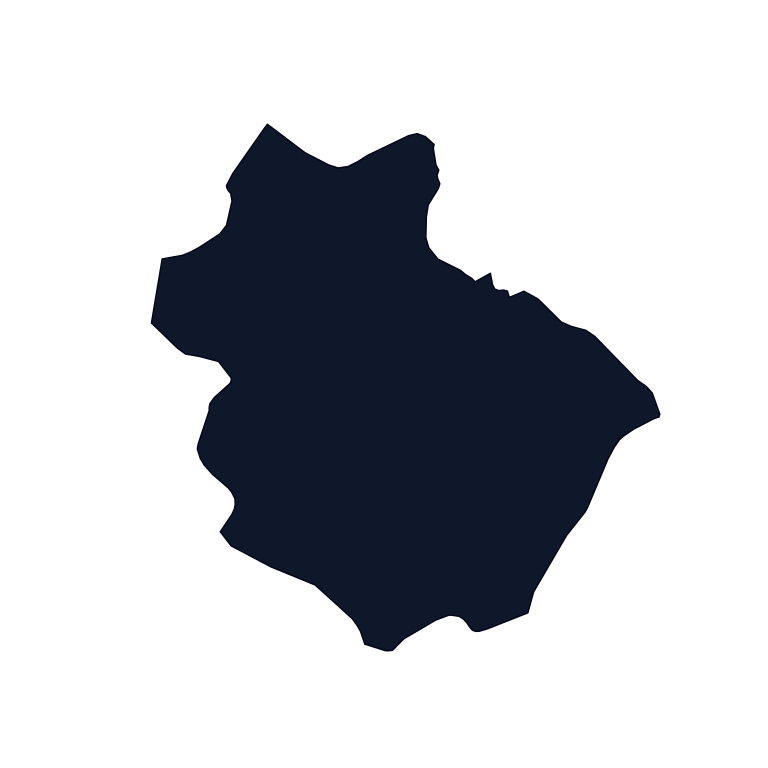 the Province of Kâmpôt, rotated 210°
{"feature_id": "KHM-1797", "entity_name": "Kâmpôt", "entity_type": "Province", "adm_level": 1, "iso_a3": "KHM", "parent_name": "Cambodia", "parent_adm1": "", "projection": "mercator", "projection_center": [104.331, 10.788], "detail": "fine", "context": "isolated", "style": "filled", "palette": "ink", "viewbox_px": 768, "rotation_deg": 210, "n_neighbors": 0, "source": "natural_earth", "source_scale": "10m", "svg_char_len": 1635}
<svg xmlns="http://www.w3.org/2000/svg" viewBox="0 0 768 768"><g transform="rotate(210 384 384)"><path d="M614.7,550.6L568.2,544.8L541.6,546.0L531.9,548.1L523.9,554.3L517.9,563.4L512.8,573.4L486.9,611.3L480.4,617.4L471.7,618.9L460.4,616.4L459.1,612.7L448.6,599.7L443.5,596.6L442.4,591.2L440.0,588.6L435.8,585.3L434.7,580.4L435.3,561.3L430.8,549.7L420.9,531.6L413.4,524.4L399.8,519.1L374.3,520.6L368.3,519.5L360.7,519.3L356.2,518.0L347.3,532.9L347.2,533.0L339.8,524.4L335.6,521.6L331.2,522.3L327.4,525.1L323.5,526.1L318.8,521.6L309.1,534.3L293.1,534.6L261.5,526.3L250.9,527.4L236.0,531.4L225.3,530.6L166.1,513.9L155.6,513.0L147.2,510.3L130.1,495.8L129.4,492.8L129.5,492.7L130.9,491.4L133.7,487.9L145.2,469.8L150.4,459.0L152.3,453.4L153.0,444.2L152.6,431.3L146.0,379.0L145.9,373.8L150.2,344.1L150.5,278.8L145.0,257.7L172.2,223.5L178.0,217.4L181.1,215.6L184.3,215.0L188.9,216.6L192.9,218.7L197.6,220.1L202.7,220.4L209.2,217.9L212.2,216.3L221.2,205.4L239.0,174.0L239.6,172.7L243.5,157.6L246.9,155.2L249.3,153.8L270.5,149.1L280.6,158.0L286.0,161.2L294.1,164.9L343.1,175.5L390.5,169.1L435.4,167.4L451.9,174.2L450.5,194.6L451.0,200.7L452.7,205.5L455.8,210.2L462.0,214.3L467.2,216.2L487.2,220.0L499.1,223.9L506.0,227.8L513.2,234.5L514.9,239.1L522.1,273.8L523.4,275.7L524.9,279.7L524.2,287.4L517.5,307.8L518.4,311.8L519.6,313.0L538.6,320.8L558.5,315.3L571.0,310.7L580.9,311.8L615.9,320.6L638.6,381.4L622.9,394.6L617.6,401.4L612.6,409.4L601.2,431.9L599.7,442.6L607.1,466.5L612.2,472.6L614.4,473.2L616.3,474.1L618.1,475.3L619.6,476.9L620.2,490.8L615.4,546.2L614.8,550.4L614.7,550.6Z" fill="#0f172a" stroke="#020617" stroke-width="1.5"/></g></svg>